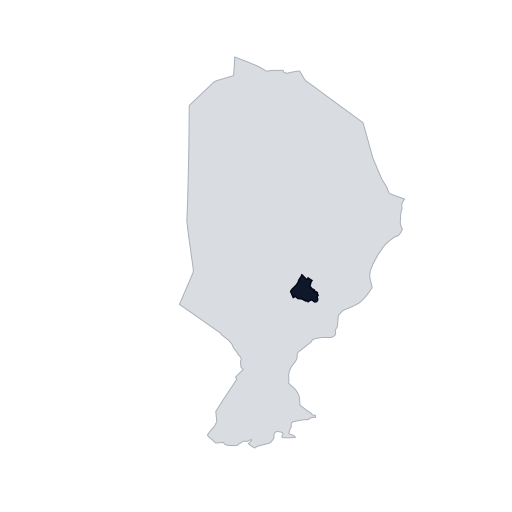 Belbédji, Zinder, Niger (highlighted), rotated 304°
{"feature_id": "23599985B37162587774633", "entity_name": "Belbédji", "entity_type": "district", "adm_level": 2, "iso_a3": "NER", "parent_name": "Niger", "parent_adm1": "Zinder", "projection": "orthographic", "projection_center": [7.925, 15.006], "detail": "fine", "context": "in_parent", "style": "filled", "palette": "ink", "viewbox_px": 512, "rotation_deg": 304, "n_neighbors": 0, "source": "geoboundaries", "source_scale": "gbopen_adm2", "svg_char_len": 4302}
<svg xmlns="http://www.w3.org/2000/svg" viewBox="0 0 512 512"><g transform="rotate(304 256 256)"><path d="M386.3,347.3L382.1,347.5L379.8,348.2L376.9,350.6L373.6,351.6L369.5,353.7L367.0,355.4L364.6,356.7L361.4,359.9L360.3,362.3L357.0,362.9L352.4,362.6L349.4,360.2L342.5,357.9L338.1,356.9L336.0,356.6L325.6,356.4L314.5,357.5L308.9,358.7L307.8,359.0L304.6,360.5L302.0,362.2L294.8,370.0L285.2,369.8L279.6,369.0L274.8,367.8L268.0,364.2L259.7,358.7L256.5,358.0L253.6,357.6L252.6,357.6L242.7,363.1L240.8,363.0L238.4,363.6L236.9,364.9L235.7,365.6L234.5,365.7L233.0,365.4L231.4,364.6L229.9,363.0L225.8,356.9L225.0,355.9L223.3,354.0L220.3,351.2L218.4,349.9L217.2,349.6L215.7,349.8L207.8,347.3L199.8,344.7L198.1,345.0L196.8,345.5L194.1,347.3L190.8,347.6L186.7,347.4L184.4,347.2L180.8,347.7L178.4,348.4L175.2,349.7L171.0,353.1L169.8,353.5L168.8,354.1L167.3,363.6L166.1,366.4L164.0,370.1L159.8,373.7L156.9,375.8L156.8,378.8L156.5,383.6L156.4,386.9L156.6,389.0L156.1,390.1L155.9,391.0L156.0,392.4L156.7,393.1L157.1,394.0L156.8,394.7L155.4,395.5L154.0,393.3L152.1,391.7L150.1,391.0L148.7,389.9L148.0,388.4L145.3,385.3L139.2,379.3L138.5,379.1L137.5,378.8L135.7,379.5L134.6,380.5L133.8,380.8L132.7,380.9L129.7,381.5L127.3,382.4L127.2,383.2L128.3,387.7L127.7,390.1L126.6,388.9L123.3,384.4L121.0,380.9L120.6,380.2L120.3,379.0L120.5,378.5L121.5,378.2L123.7,377.8L124.1,377.5L124.2,376.6L123.9,374.9L122.8,372.5L121.5,370.9L120.8,370.6L119.5,370.5L118.1,370.7L115.4,372.5L114.2,372.8L111.5,372.6L109.1,372.2L107.6,371.1L103.3,367.3L98.6,363.2L96.5,362.6L96.1,362.1L95.8,359.1L96.0,355.4L96.3,354.5L98.3,355.1L100.5,355.5L101.2,354.8L99.5,353.5L97.1,352.1L96.2,350.1L95.5,349.3L94.4,348.6L93.2,348.2L91.9,347.6L91.0,347.0L89.6,346.7L88.1,346.2L86.0,342.9L84.0,339.7L82.8,337.2L82.4,335.7L83.1,333.2L82.5,332.2L80.2,329.5L78.4,327.1L79.0,323.4L79.5,320.3L79.6,318.4L79.9,317.3L80.2,316.1L81.5,315.7L84.8,315.9L91.3,316.7L96.5,316.2L96.8,316.1L100.6,312.9L104.7,309.6L110.9,309.4L117.5,309.2L122.7,309.2L130.2,309.1L136.3,309.1L143.4,309.0L143.7,307.4L144.1,307.0L144.8,306.9L150.0,307.9L154.9,308.8L155.3,305.8L159.7,302.2L162.2,301.5L162.8,300.8L163.6,299.6L164.1,297.6L164.3,296.2L165.2,295.1L165.9,293.0L166.9,289.3L169.4,285.4L170.9,280.1L171.2,275.0L171.5,271.1L172.2,270.3L172.3,263.4L172.5,256.5L172.6,250.6L172.7,243.3L172.8,236.9L172.9,229.9L173.0,223.7L173.1,219.6L178.0,218.7L183.0,217.7L190.4,216.3L198.4,214.8L207.2,213.1L209.1,212.1L215.8,206.2L218.7,203.5L224.7,198.2L229.2,194.1L235.0,188.9L241.1,183.6L245.9,179.4L253.5,174.7L265.0,167.5L276.3,160.3L287.7,153.0L298.9,145.8L310.2,138.5L321.3,131.2L332.4,123.8L343.5,116.5L354.8,119.0L365.6,121.4L376.5,123.7L379.1,125.1L385.0,130.0L392.7,136.3L393.0,136.4L393.3,136.4L400.2,132.4L409.1,127.1L412.2,140.6L414.5,152.2L415.0,159.6L415.2,161.5L416.0,162.8L417.8,164.1L425.1,174.6L423.8,176.5L424.9,179.8L426.8,181.2L432.8,187.4L433.6,188.6L433.4,189.6L429.7,197.3L429.1,199.2L428.8,208.9L428.5,215.7L428.1,225.1L427.7,236.3L427.3,245.8L426.8,258.3L426.3,270.2L420.7,276.9L410.6,288.7L402.3,298.4L398.2,304.8L390.1,317.3L386.5,325.3L383.7,329.6L382.3,331.4L383.7,337.2L386.3,347.3Z" fill="#d9dde1" stroke="#a8b0b8" stroke-width="1"/><path d="M252.1,331.8L252.7,331.8L254.1,331.7L255.2,330.9L255.3,330.5L256.5,329.4L257.9,329.3L258.0,329.5L258.3,329.4L258.6,328.3L258.8,327.9L259.2,327.9L259.7,327.6L260.0,327.3L259.9,325.5L259.6,325.0L258.8,325.0L258.6,324.6L258.7,324.3L259.4,324.2L260.4,323.6L260.5,323.4L259.9,322.5L260.0,322.4L260.4,322.0L260.2,321.3L260.2,320.1L260.3,320.0L260.8,318.8L260.8,318.0L261.3,317.7L262.2,317.0L263.3,316.9L263.4,316.6L265.7,316.1L267.0,316.1L266.9,314.6L266.9,312.0L267.0,311.8L266.9,311.4L266.0,311.6L265.4,311.5L264.8,310.8L264.8,310.5L265.0,309.9L265.3,308.6L265.6,307.1L266.0,305.5L266.0,304.5L264.7,304.9L260.4,304.9L258.4,305.4L257.4,305.7L254.0,305.6L252.1,305.2L249.2,304.6L248.2,304.5L246.1,304.5L245.8,304.7L245.2,305.7L242.4,310.1L244.6,311.2L244.5,311.7L244.4,313.2L244.2,314.2L244.2,314.6L245.6,317.1L245.9,317.6L246.1,318.4L246.2,319.2L246.3,320.5L246.5,322.0L246.5,322.4L247.2,323.1L247.3,323.2L247.2,324.3L247.1,324.7L247.5,325.0L248.3,325.1L249.1,325.5L249.8,326.0L250.2,326.2L250.9,326.5L250.9,328.6L250.7,329.0L250.7,330.4L252.0,331.6L252.1,331.8Z" fill="#0f172a" stroke="#020617" stroke-width="1.5"/></g></svg>